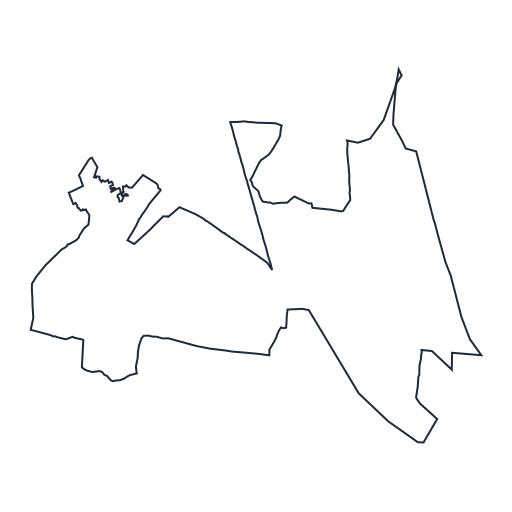 Ixhuatán, Chiapas, Mexico
{"feature_id": "50627088B63590301456698", "entity_name": "Ixhuatán", "entity_type": "district", "adm_level": 2, "iso_a3": "MEX", "parent_name": "Mexico", "parent_adm1": "Chiapas", "projection": "robinson", "projection_center": [-92.999, 17.305], "detail": "fine", "context": "isolated", "style": "outline", "palette": "slate", "viewbox_px": 512, "rotation_deg": 0, "n_neighbors": 0, "source": "geoboundaries", "source_scale": "gbopen_adm2", "svg_char_len": 5935}
<svg xmlns="http://www.w3.org/2000/svg" viewBox="0 0 512 512"><path d="M30.7,329.8L50.5,335.1L51.7,335.6L52.6,336.2L53.2,336.4L55.0,336.3L57.2,337.2L59.8,337.8L65.7,339.3L72.7,336.8L74.6,337.8L79.5,338.9L81.0,339.1L82.6,339.7L83.3,340.0L81.9,367.3L82.0,367.4L83.0,368.4L83.5,368.5L84.2,369.1L84.7,369.6L85.5,369.8L86.9,370.6L88.2,371.0L90.0,371.4L93.0,372.1L94.6,371.7L96.5,371.5L98.3,371.1L99.9,371.3L101.4,371.6L102.2,372.1L104.0,374.4L105.3,375.3L106.7,375.7L107.7,376.5L108.1,377.2L108.3,377.7L109.0,378.3L109.9,379.2L110.9,380.4L112.6,381.1L114.0,381.1L115.5,380.4L116.8,380.5L119.9,380.2L123.6,378.9L127.2,376.6L128.9,375.6L130.2,375.1L136.8,373.4L136.5,372.3L136.3,370.1L135.9,366.6L137.6,358.2L138.0,351.5L139.1,345.2L141.6,338.1L143.6,335.8L148.4,335.6L153.0,336.7L156.4,336.7L159.4,337.5L162.4,338.4L164.6,338.4L168.4,338.3L175.2,340.2L197.2,346.2L203.1,347.3L209.8,348.6L225.5,350.5L232.5,351.6L248.1,352.9L257.7,353.8L269.3,355.3L269.3,354.5L269.4,352.7L269.5,352.2L269.4,350.2L269.4,349.6L270.4,348.0L271.1,346.8L273.6,342.6L275.8,338.6L276.4,337.0L277.3,334.3L277.6,333.6L278.6,331.5L279.1,330.4L281.0,327.4L282.4,328.0L284.5,328.1L286.2,327.6L286.2,325.8L286.4,324.1L286.5,322.2L286.7,318.7L286.7,317.2L286.8,316.7L286.8,315.1L287.2,312.4L287.3,312.2L287.5,309.5L295.7,309.2L298.1,309.1L300.5,308.9L302.7,308.9L308.8,310.1L318.9,326.9L334.6,353.1L358.7,393.3L388.3,421.4L417.8,442.2L423.5,442.5L437.2,419.0L436.8,418.7L419.6,403.2L419.2,402.3L416.9,399.2L416.1,397.3L417.3,389.5L417.7,387.1L418.4,376.7L419.0,375.5L419.3,375.1L419.4,366.9L419.6,364.9L421.0,358.7L421.2,354.6L421.8,352.2L421.5,350.0L431.9,351.0L451.8,369.7L451.8,368.3L451.8,365.5L451.9,362.8L452.0,355.4L452.1,352.8L481.3,355.2L469.9,339.2L461.4,317.0L450.8,275.8L445.5,262.2L439.0,239.0L434.8,223.0L433.8,220.4L416.2,151.4L405.7,148.5L401.9,140.5L393.1,124.7L393.5,114.2L395.7,87.7L396.7,83.0L401.6,75.4L398.7,69.5L397.1,79.3L396.1,83.3L396.3,83.2L394.9,88.4L383.7,120.0L370.0,138.8L357.9,142.7L347.0,140.5L347.6,142.4L347.4,147.5L347.2,148.4L347.1,149.3L347.3,150.9L347.3,153.7L347.9,159.3L348.0,162.3L348.3,163.0L348.6,166.9L348.9,170.2L348.8,170.7L349.3,174.0L349.2,181.6L349.5,185.1L349.8,187.9L350.0,190.0L349.5,193.3L350.1,197.0L350.2,200.1L346.2,206.1L343.2,210.9L341.2,211.4L335.8,210.5L332.0,209.8L312.4,207.8L311.8,204.6L311.4,203.4L308.5,203.4L302.6,200.5L302.0,200.2L294.4,196.5L290.6,199.5L287.4,202.6L282.5,202.8L280.8,202.8L275.5,203.3L273.2,203.8L270.7,202.6L268.6,202.5L268.1,202.5L262.9,201.6L261.9,200.4L259.9,196.4L258.4,191.2L253.1,186.4L252.3,184.6L251.9,182.6L251.7,181.8L250.2,179.9L250.8,178.9L251.9,177.5L258.0,165.0L259.3,162.6L261.3,159.8L262.8,159.0L269.1,154.3L271.2,151.5L271.8,150.5L273.4,148.0L278.6,139.2L279.9,136.3L280.2,135.3L280.6,130.8L280.8,129.3L281.3,126.7L281.7,125.6L276.7,123.6L275.5,123.4L274.7,123.3L274.6,123.2L273.2,123.2L271.9,123.1L257.0,122.7L252.5,122.2L247.8,122.0L247.1,121.7L244.9,121.5L244.7,121.3L239.5,121.8L235.9,122.0L234.7,122.0L233.6,122.0L231.9,121.9L230.2,122.2L232.0,127.8L232.9,131.0L234.0,135.7L235.9,141.9L236.7,145.1L238.2,149.6L238.3,151.7L239.1,153.5L239.5,154.7L239.6,155.1L239.8,155.9L239.8,156.0L240.1,157.1L240.4,157.9L240.6,159.1L240.8,159.5L240.9,159.8L241.2,161.0L241.2,161.6L242.5,165.0L243.4,168.5L243.8,169.8L244.3,172.6L245.0,174.9L245.1,175.6L246.7,180.2L247.3,181.6L247.3,182.4L251.5,196.8L251.3,197.1L252.2,198.9L252.2,199.3L254.5,207.5L256.1,213.5L257.2,216.3L257.3,216.9L258.4,222.3L260.0,227.2L260.8,229.6L261.9,233.1L262.0,233.5L262.5,235.4L263.1,237.9L263.1,238.2L263.7,240.3L264.2,241.9L265.0,244.3L266.0,247.5L267.7,254.5L267.7,254.8L270.8,264.4L271.3,266.9L272.2,270.0L268.7,264.9L267.5,263.0L266.1,261.9L260.9,258.1L259.9,257.4L259.6,257.2L256.8,255.1L254.8,253.9L253.7,253.1L250.0,250.5L248.9,249.9L246.4,248.3L245.2,247.3L244.3,246.7L240.2,244.0L236.4,241.4L233.9,239.7L232.7,238.9L230.6,237.6L229.0,236.5L228.3,235.9L227.5,235.6L227.4,235.4L226.3,234.6L225.2,233.9L226.0,233.4L225.4,233.5L223.8,232.9L223.2,232.7L220.9,231.1L220.1,230.5L215.6,227.2L211.0,223.9L208.4,222.2L207.4,221.4L206.1,220.9L205.7,220.6L205.5,220.4L202.3,218.0L196.0,214.4L183.4,208.9L182.7,208.7L179.6,207.2L168.1,216.9L167.5,216.3L166.7,216.5L164.1,216.4L163.1,216.4L163.1,216.5L157.6,221.9L154.6,224.9L153.6,226.0L152.8,226.8L150.6,229.1L134.3,244.0L127.5,240.3L129.3,237.2L130.8,234.8L131.7,233.3L133.0,231.2L134.6,228.3L134.9,227.8L135.9,226.1L139.4,218.7L140.2,217.8L140.6,217.2L141.2,216.2L142.0,214.8L142.9,213.5L144.4,211.6L145.2,210.4L146.6,208.3L146.8,208.1L149.3,203.8L160.6,190.3L160.3,189.2L158.3,188.2L157.8,185.3L156.7,183.6L143.0,175.0L132.0,187.7L128.6,187.4L126.4,185.3L125.5,186.5L122.9,186.5L123.3,191.3L122.8,192.6L123.1,192.6L122.0,193.7L121.5,195.0L122.0,195.8L122.8,195.8L126.1,193.9L127.1,194.4L128.0,195.4L127.7,195.7L124.0,195.5L121.9,201.0L119.6,201.6L118.6,197.8L117.7,197.4L117.6,195.9L117.6,195.2L119.8,193.6L121.1,193.1L119.7,188.6L119.2,188.0L117.6,188.7L116.2,189.2L110.5,192.4L114.6,188.1L113.9,187.6L110.8,188.9L110.2,186.2L113.0,184.9L112.3,182.6L111.5,181.6L108.9,183.0L108.1,180.0L104.9,181.7L102.5,180.3L101.5,181.9L99.5,179.0L99.5,176.8L98.9,176.6L98.5,176.7L96.3,176.3L96.0,177.7L94.1,177.3L97.4,167.1L93.9,161.3L91.8,157.7L90.5,158.3L88.7,159.9L78.9,175.4L79.0,175.7L80.5,178.6L81.1,181.0L81.4,181.7L81.8,182.4L82.3,183.9L83.0,185.9L81.2,186.9L72.9,190.9L68.8,192.7L73.3,204.2L75.7,203.0L77.2,205.7L77.2,206.5L77.8,207.9L78.0,208.0L79.0,208.2L79.8,209.6L80.6,210.1L80.8,210.6L81.1,210.6L82.1,210.4L82.8,209.4L83.9,210.2L85.4,209.4L86.1,209.6L86.2,210.4L89.4,215.2L88.5,224.6L84.0,228.4L79.4,235.6L78.7,237.6L78.1,238.4L75.6,240.7L72.4,242.3L69.9,243.8L67.6,244.5L67.2,245.8L65.0,247.6L61.8,249.3L55.9,255.1L51.8,259.1L45.9,264.8L45.4,265.4L44.6,266.3L35.9,277.1L35.4,278.1L32.0,283.6L31.9,286.6L31.9,288.3L32.1,294.2L32.3,296.2L32.5,304.2L33.3,318.0L31.7,325.2L30.9,328.8L30.7,329.8Z" fill="none" stroke="#1e293b" stroke-width="2"/></svg>